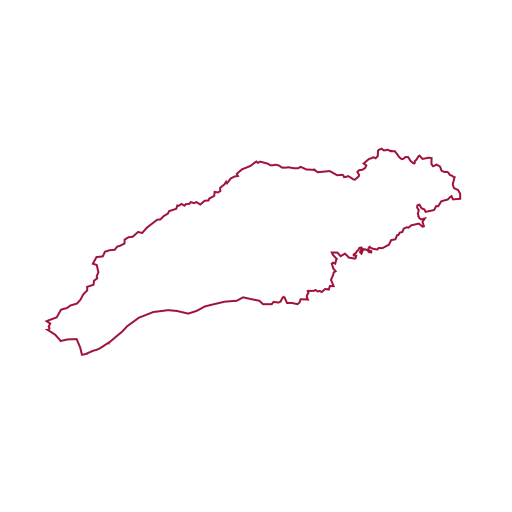 the district of Salayea, Lofa, Liberia, rotated 213°
{"feature_id": "62588387B29328841835384", "entity_name": "Salayea", "entity_type": "district", "adm_level": 2, "iso_a3": "LBR", "parent_name": "Liberia", "parent_adm1": "Lofa", "projection": "orthographic", "projection_center": [-9.631, 7.472], "detail": "fine", "context": "isolated", "style": "outline", "palette": "rose", "viewbox_px": 512, "rotation_deg": 213, "n_neighbors": 0, "source": "geoboundaries", "source_scale": "gbopen_adm2", "svg_char_len": 5707}
<svg xmlns="http://www.w3.org/2000/svg" viewBox="0 0 512 512"><g transform="rotate(213 256 256)"><path d="M151.2,336.9L151.1,337.3L150.7,337.9L151.3,342.9L148.2,345.9L149.0,350.3L148.0,351.2L148.2,353.9L146.9,355.2L146.3,355.9L146.6,357.4L147.0,359.4L146.1,360.9L146.0,361.0L145.4,362.0L145.0,362.2L143.5,362.9L143.0,364.7L142.5,366.3L137.2,371.7L137.0,371.9L133.2,371.4L132.2,371.3L131.4,372.4L133.0,373.7L134.9,375.2L134.9,378.8L134.9,379.4L136.5,377.6L137.4,376.6L137.7,376.7L139.7,376.7L140.5,377.4L141.4,377.6L141.8,378.4L143.2,379.5L144.3,382.6L144.5,383.1L146.5,384.0L147.5,384.7L148.2,386.5L146.9,388.1L145.7,387.5L143.2,386.2L141.9,386.4L140.2,386.8L137.8,385.4L137.3,385.9L132.6,390.6L131.7,391.7L132.0,395.2L132.1,395.9L130.3,397.0L130.4,401.1L130.4,402.8L126.1,407.6L125.9,407.9L125.8,408.5L125.3,411.1L124.6,412.7L124.2,412.4L123.1,411.7L121.7,410.8L120.3,411.8L115.9,415.2L116.3,415.8L116.7,416.4L118.4,419.0L118.9,419.4L119.4,419.8L122.6,421.4L126.7,420.8L126.9,420.8L128.7,422.1L130.2,423.5L130.5,424.6L131.9,428.9L132.0,429.1L132.3,430.2L133.0,429.8L135.4,430.1L137.3,429.5L138.4,429.9L140.2,430.7L140.3,430.7L141.7,430.5L143.7,429.1L145.8,428.7L146.5,428.7L146.9,428.6L150.0,431.0L150.7,431.2L151.6,431.2L154.0,431.0L154.4,431.0L154.9,430.0L156.4,427.7L157.0,427.9L159.0,428.7L161.6,433.0L162.0,433.7L164.4,432.7L166.0,431.2L167.1,430.1L169.3,428.1L173.5,429.2L174.0,428.2L174.0,426.8L173.9,424.1L174.5,422.1L173.5,420.3L173.5,420.2L173.8,419.7L174.9,419.5L177.4,419.8L178.3,419.9L181.1,421.3L182.3,421.8L184.6,420.3L185.2,418.0L186.5,416.6L189.8,416.9L190.7,417.3L192.0,417.8L193.8,418.6L194.0,418.6L196.2,419.3L196.5,419.4L196.7,419.5L197.5,418.9L199.3,417.7L199.6,418.0L200.2,417.7L200.4,417.2L203.4,416.9L204.1,416.0L206.3,414.2L207.0,414.2L209.1,414.4L211.0,411.6L211.0,410.7L208.9,407.1L208.3,406.1L208.9,403.1L211.5,402.7L212.4,400.8L214.2,398.9L214.5,397.5L214.8,396.6L214.9,396.4L215.4,394.6L216.1,392.2L212.8,392.1L212.7,391.8L212.5,388.9L213.4,387.1L214.1,385.8L216.1,384.4L216.8,381.7L213.7,380.2L213.5,379.5L213.2,378.7L214.5,374.3L214.7,373.8L216.2,373.3L218.8,373.3L221.0,373.3L222.1,373.1L222.5,373.0L223.5,371.4L225.1,370.1L226.6,371.1L227.5,371.1L227.8,371.1L230.9,368.7L232.0,367.9L237.4,367.6L237.8,367.6L239.2,367.5L240.5,367.3L250.0,359.8L254.0,360.2L253.9,359.9L254.1,359.9L255.9,358.9L261.1,355.9L264.5,355.5L267.3,355.0L268.3,352.7L271.2,350.7L275.6,348.7L277.3,348.0L278.8,346.6L280.9,345.1L281.6,344.9L282.3,344.3L283.5,344.3L286.2,344.4L289.7,343.0L290.9,341.5L292.5,340.5L293.3,340.0L293.4,339.9L293.9,339.9L296.6,339.8L299.9,338.7L303.3,337.6L303.5,337.6L304.4,336.7L305.2,335.1L307.2,335.4L308.0,333.3L309.7,328.5L314.9,321.1L315.5,319.1L316.1,317.3L316.8,314.4L315.2,313.4L314.8,313.2L317.3,311.0L319.4,307.3L319.9,301.2L321.5,302.0L321.5,298.9L321.7,298.2L323.2,293.7L321.3,291.0L322.6,288.5L325.6,287.3L323.8,283.6L326.0,279.6L326.5,278.8L326.1,276.7L329.1,274.4L330.8,268.8L335.3,268.8L336.6,266.7L340.1,265.6L340.3,263.5L343.1,261.2L343.4,259.2L346.8,259.1L348.2,255.9L349.5,255.5L348.6,252.2L353.3,246.3L353.0,243.5L355.2,239.1L356.1,234.6L358.7,232.5L359.0,231.6L363.0,220.2L363.5,216.6L364.0,213.3L368.0,211.9L369.9,205.0L373.1,202.3L375.1,198.2L373.1,194.8L375.6,190.5L377.5,188.3L377.9,184.2L381.5,181.5L385.0,177.4L384.3,172.2L389.2,168.2L388.6,160.7L384.7,161.7L379.7,156.9L379.4,156.7L378.5,152.1L377.0,150.8L378.4,147.0L376.6,143.4L380.8,138.2L378.8,135.2L380.0,129.9L379.4,123.8L380.2,118.7L384.7,113.4L386.2,109.4L390.3,104.8L389.7,96.0L394.6,89.5L396.1,87.3L391.8,87.3L391.4,83.9L389.8,83.0L389.7,81.2L390.5,80.6L381.5,80.6L376.8,79.3L373.9,78.5L373.6,78.3L368.5,83.5L364.3,86.4L361.2,88.6L353.6,83.5L348.2,78.4L346.7,79.7L346.3,80.0L344.7,82.3L344.3,82.3L344.2,82.9L343.2,84.5L340.8,88.1L338.8,90.2L336.8,93.2L335.4,96.2L333.8,100.0L332.7,102.4L332.1,102.6L332.4,103.0L331.8,104.2L329.9,110.5L329.6,111.6L327.1,119.6L326.2,124.6L325.8,126.9L323.6,132.6L320.6,140.5L311.5,153.2L310.7,153.9L308.0,156.1L304.1,159.4L300.6,162.4L300.0,162.8L292.5,166.8L281.4,170.8L281.2,171.2L280.0,172.6L275.9,177.6L273.7,181.6L271.6,185.6L267.2,190.4L257.3,200.7L251.3,205.3L247.8,207.9L244.3,214.3L236.8,217.1L228.8,220.3L223.8,219.4L218.8,222.7L216.6,224.1L216.5,225.0L216.2,227.1L213.4,228.4L211.8,229.2L210.6,231.0L211.0,235.3L211.0,235.8L210.7,236.0L210.5,236.6L210.1,236.4L209.5,236.8L204.4,233.5L200.9,235.8L200.2,236.2L195.0,238.2L194.2,240.7L194.7,242.7L195.0,244.0L189.8,247.2L188.8,247.7L190.6,248.9L191.1,249.3L191.9,251.0L191.9,251.9L191.9,253.6L193.0,254.4L193.4,254.7L193.2,254.9L193.3,255.2L190.8,256.7L188.5,258.3L187.5,259.9L185.3,259.9L184.9,259.9L184.5,260.3L183.6,261.4L182.5,261.5L181.2,261.6L181.0,262.3L180.1,265.9L178.5,266.6L178.2,267.0L177.9,266.9L176.7,267.4L177.1,268.9L177.6,271.1L175.7,272.3L174.5,273.0L179.9,276.7L180.1,276.8L181.0,282.1L181.9,284.6L181.1,286.2L181.0,286.4L180.9,286.6L184.4,287.6L185.1,288.2L187.4,290.1L188.3,290.9L187.7,292.4L185.4,292.7L186.6,296.3L186.6,296.7L186.6,297.5L190.4,298.4L191.9,298.8L193.0,299.4L194.3,300.2L189.6,303.2L188.1,302.8L184.9,301.9L184.7,302.3L182.7,306.4L178.8,305.7L177.6,305.1L172.2,307.4L171.8,307.6L171.8,307.8L171.3,308.2L172.1,310.8L174.3,309.7L174.9,310.4L174.4,312.0L173.8,312.8L173.9,313.4L174.0,314.8L173.5,316.8L173.6,317.9L173.7,319.1L172.5,320.4L170.2,320.1L170.6,319.7L171.4,318.6L171.1,317.1L170.9,315.9L170.0,315.6L168.8,315.4L169.0,316.5L169.6,318.7L168.4,321.0L165.7,321.5L163.3,320.8L162.5,321.2L161.3,321.8L161.9,322.8L164.8,322.1L165.4,322.4L165.4,322.9L165.8,323.4L165.8,325.1L165.4,325.2L165.4,325.5L164.9,325.3L162.0,325.7L157.8,327.5L157.5,329.5L154.6,331.2L154.0,331.9L152.1,335.3L151.2,336.9Z" fill="none" stroke="#9f1239" stroke-width="2"/></g></svg>